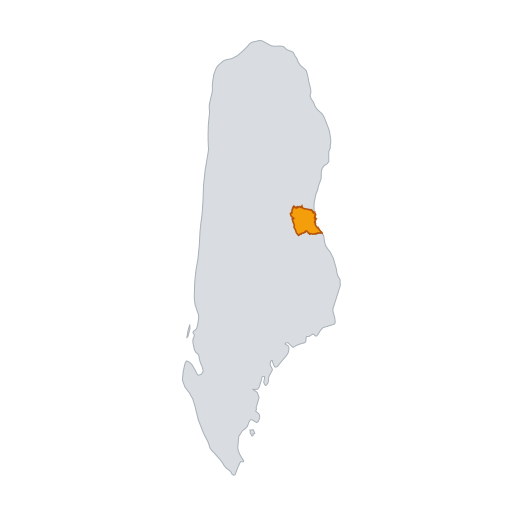 location of Belo Sur Tsiribihina, Menabe, Madagascar, rotated 169°
{"feature_id": "10022922B50417492685621", "entity_name": "Belo Sur Tsiribihina", "entity_type": "district", "adm_level": 2, "iso_a3": "MDG", "parent_name": "Madagascar", "parent_adm1": "Menabe", "projection": "natural_earth1", "projection_center": [44.851, -19.66], "detail": "fine", "context": "in_parent", "style": "filled", "palette": "amber", "viewbox_px": 512, "rotation_deg": 169, "n_neighbors": 0, "source": "geoboundaries", "source_scale": "gbopen_adm2", "svg_char_len": 8089}
<svg xmlns="http://www.w3.org/2000/svg" viewBox="0 0 512 512"><g transform="rotate(169 256 256)"><path d="M327.2,56.1L328.4,59.4L329.8,62.5L334.3,70.1L336.2,73.0L337.8,76.1L338.5,82.3L341.3,91.9L343.9,106.3L344.6,121.1L345.4,127.9L347.5,134.3L350.8,140.9L351.9,148.3L349.7,155.9L346.7,163.0L345.9,164.4L344.5,166.2L343.8,166.1L341.4,164.3L339.5,161.3L337.0,154.1L336.1,150.5L335.1,150.0L332.2,150.3L330.1,152.5L329.7,153.9L330.1,158.0L330.9,161.6L331.2,165.2L331.2,169.9L332.0,171.3L333.2,172.4L334.3,175.5L334.5,182.7L333.8,186.3L331.7,189.4L331.8,191.1L332.5,192.9L331.8,194.0L329.1,195.3L327.9,196.5L326.4,199.7L324.0,206.2L323.7,209.5L325.1,219.6L324.6,226.8L321.5,240.5L319.7,246.9L317.2,254.7L313.3,264.9L309.5,277.8L306.2,291.0L303.8,298.9L301.1,306.8L297.4,320.6L294.2,334.7L289.5,350.1L283.0,367.4L282.3,369.6L281.0,378.4L279.5,386.1L277.8,393.7L274.1,406.2L273.7,410.0L272.9,413.7L269.4,421.6L268.0,424.5L267.0,427.6L266.4,431.5L265.3,435.3L262.8,442.3L259.0,448.3L256.5,450.5L251.0,453.7L248.3,454.3L242.1,454.4L236.1,456.2L229.9,459.7L224.0,463.7L221.7,465.6L219.2,466.6L211.3,466.9L208.9,466.0L201.0,459.5L198.0,458.4L192.2,457.5L190.4,456.9L188.8,456.1L186.5,452.7L181.8,449.8L180.7,448.9L180.0,446.9L179.5,444.7L178.3,442.3L177.4,437.7L175.9,434.5L171.6,428.9L171.1,427.1L170.8,421.1L170.9,417.0L170.5,409.6L170.9,406.1L172.4,402.9L171.8,399.5L170.2,395.9L169.6,392.2L168.4,388.9L163.9,382.8L162.8,379.8L162.1,376.7L160.4,367.0L160.1,363.7L160.4,356.6L161.0,352.9L162.1,350.4L162.3,348.5L163.1,346.8L164.1,345.5L164.8,344.0L166.5,334.9L168.6,332.9L171.8,331.7L174.3,329.4L175.8,326.2L177.3,319.5L181.2,313.0L182.7,309.5L185.9,304.3L188.8,297.0L189.6,293.6L190.2,290.0L191.0,282.3L191.5,278.4L191.4,274.6L189.7,270.7L185.8,263.5L185.7,262.2L186.0,256.9L185.7,253.1L184.2,249.3L182.4,245.7L180.5,239.0L179.6,227.8L179.8,223.8L179.3,220.3L178.0,216.9L178.9,210.9L190.6,189.4L191.0,186.9L190.5,180.3L190.8,176.5L191.2,175.1L192.1,174.2L194.1,173.9L203.6,172.9L204.8,172.3L207.2,170.4L210.4,166.9L211.9,165.9L213.2,166.3L214.0,167.8L215.1,168.6L218.9,167.0L220.4,167.0L221.9,167.2L222.6,165.8L223.0,163.8L223.6,162.4L224.6,161.6L229.5,161.2L232.7,160.7L236.8,159.3L237.6,159.6L240.9,164.5L241.9,164.9L243.2,165.1L244.3,164.2L241.6,161.6L241.2,160.2L241.4,158.5L242.8,155.0L245.2,152.3L250.5,148.2L256.1,143.4L257.7,143.1L259.0,143.8L260.1,149.4L259.9,150.4L260.8,150.5L261.8,149.8L262.7,147.5L262.8,145.7L262.1,143.9L261.7,142.3L261.7,140.9L264.5,137.6L266.7,134.5L267.7,130.7L268.6,128.9L270.9,127.0L271.6,127.3L272.2,128.9L272.5,130.6L271.9,132.2L271.0,133.9L270.7,136.1L272.0,136.5L273.2,136.0L275.0,132.0L277.1,128.2L278.3,126.3L279.9,124.9L282.4,125.2L284.9,126.0L280.9,122.0L279.9,116.6L284.8,107.1L284.8,105.2L285.5,104.6L285.9,103.8L283.4,100.6L282.9,99.0L283.2,96.6L284.4,94.5L285.5,93.0L287.1,92.4L288.3,93.3L291.0,95.9L292.8,96.3L295.0,93.8L296.8,90.6L299.5,88.5L302.6,87.1L307.3,82.2L310.4,71.8L310.6,68.8L310.0,65.2L308.9,61.7L307.1,57.3L307.6,56.4L310.2,57.0L311.0,56.3L313.8,52.5L318.4,45.1L319.9,45.2L321.2,46.5L321.7,48.5L322.6,50.0L325.7,53.5L327.2,56.1ZM295.2,85.2L295.2,86.3L291.7,85.9L291.1,81.9L292.9,81.8L293.2,80.2L294.3,80.0L295.4,83.5L295.2,85.2ZM337.0,195.7L334.0,201.4L334.9,196.6L338.4,189.7L339.4,189.2L337.0,195.7Z" fill="#d9dde1" stroke="#a8b0b8" stroke-width="1"/><path d="M186.7,265.9L186.7,266.1L186.7,266.3L188.2,268.5L188.9,269.9L189.0,269.9L189.1,270.1L189.1,270.3L189.0,270.5L189.3,271.2L189.6,271.4L189.7,271.2L189.9,271.4L190.2,271.9L190.3,272.0L190.2,272.1L190.3,272.1L190.5,272.4L190.8,272.9L191.4,274.0L191.6,274.7L191.8,276.0L191.6,277.3L191.7,277.6L191.9,277.8L192.0,277.9L191.9,277.7L192.1,277.8L192.2,278.1L192.1,278.3L191.9,278.5L191.7,278.2L191.5,278.4L191.4,278.4L191.2,279.3L190.9,280.0L190.6,280.3L190.6,280.7L190.6,280.9L190.7,281.0L190.8,281.2L190.7,281.3L190.4,281.3L190.4,281.6L190.5,281.7L190.4,281.7L190.5,281.8L190.4,281.9L190.6,283.3L190.7,283.5L190.6,283.8L190.5,284.1L190.4,284.2L190.3,284.3L190.2,284.4L190.2,284.8L189.8,285.1L189.7,285.1L189.8,285.4L189.6,285.4L189.6,285.6L189.6,285.3L189.7,286.2L189.8,286.5L190.0,287.0L190.2,287.4L190.4,287.5L190.5,287.6L190.4,287.7L190.5,287.7L190.7,287.4L191.1,287.2L191.3,287.3L191.0,287.6L191.3,287.7L191.3,287.8L191.2,287.8L191.1,288.2L191.3,288.3L191.4,288.6L191.5,288.6L191.7,288.4L191.8,288.3L191.9,288.5L192.0,288.6L191.8,288.7L191.8,288.9L191.9,289.5L192.1,289.9L192.3,290.0L192.5,290.2L192.5,290.5L193.1,290.9L193.2,290.7L193.4,290.7L193.5,290.6L193.8,290.9L194.0,290.8L194.3,291.0L194.5,291.0L194.8,291.4L194.9,291.5L195.5,291.5L195.8,291.8L196.1,291.8L196.4,292.2L197.2,292.4L198.0,292.6L198.5,292.9L198.8,293.0L199.0,293.0L199.3,293.0L199.4,293.3L199.6,293.3L199.9,293.4L200.1,293.5L200.3,293.5L200.5,294.0L200.9,294.3L201.1,294.5L201.3,294.8L201.2,295.9L201.4,296.2L201.4,296.4L201.5,296.3L201.6,296.1L201.8,295.8L201.9,295.6L202.4,295.8L202.5,295.9L202.8,295.7L202.7,295.5L202.7,295.3L202.8,295.4L203.2,295.5L203.3,295.7L203.4,295.9L203.6,296.0L203.8,296.1L204.0,296.3L204.4,296.1L204.5,295.9L205.0,295.7L205.3,295.7L205.3,295.9L205.5,296.0L205.7,296.3L205.8,296.1L206.0,296.0L206.3,296.2L206.5,296.3L206.6,296.1L206.7,295.3L206.8,295.3L207.0,295.5L207.2,295.8L207.3,295.7L207.6,295.5L207.9,295.7L208.0,296.0L208.1,296.4L208.3,296.5L208.5,296.4L208.6,296.5L208.5,296.8L208.8,297.2L208.8,297.4L209.1,297.5L209.6,297.8L209.7,297.7L210.0,297.3L210.0,297.0L210.1,296.9L210.0,296.6L210.3,296.6L210.1,296.3L210.3,296.1L210.4,295.8L210.7,295.7L210.9,295.3L211.2,295.2L211.3,295.0L211.7,294.9L211.7,294.6L211.9,293.7L212.3,293.0L212.5,292.5L212.5,292.4L212.4,292.0L212.5,291.8L212.6,291.4L212.9,291.6L213.0,291.5L213.3,291.4L213.7,291.5L213.8,291.4L214.1,291.3L214.2,291.1L214.1,290.1L214.1,289.9L214.0,289.7L214.1,289.2L214.0,288.7L213.9,288.6L213.7,288.4L213.3,287.4L212.8,287.1L212.6,286.6L212.6,286.8L212.3,286.6L212.1,286.3L212.4,286.4L212.5,286.4L212.5,286.1L212.3,285.9L212.5,285.8L212.5,285.7L212.3,285.7L212.6,285.7L212.4,285.5L212.4,285.4L212.7,285.3L212.5,285.2L212.8,284.9L213.1,285.0L213.2,284.9L213.1,284.7L213.3,284.2L213.2,283.3L213.3,283.0L213.3,282.6L213.0,282.3L212.8,282.0L212.8,281.8L213.0,281.6L213.0,281.1L212.7,280.7L212.7,280.4L212.7,280.0L212.5,279.7L212.5,279.4L212.5,278.5L212.6,278.3L212.8,278.1L213.1,278.0L213.1,277.8L213.1,277.5L213.1,277.3L213.1,276.5L213.1,276.3L213.0,276.2L212.8,275.8L212.6,275.5L212.5,274.7L212.4,274.6L212.4,274.3L212.3,274.0L212.2,273.5L212.2,273.3L212.1,273.1L212.1,272.8L212.1,272.3L212.0,271.8L212.0,271.7L211.9,271.2L211.8,270.8L211.7,270.6L211.5,270.1L211.3,270.0L211.0,269.3L210.9,269.1L210.7,268.9L210.4,268.1L210.0,268.2L209.7,268.2L209.6,268.4L209.6,268.8L209.4,268.8L209.2,268.6L208.8,268.8L208.7,268.9L208.3,269.2L208.0,269.3L207.9,269.2L207.7,269.1L207.5,269.4L207.3,269.4L207.2,269.1L206.9,269.4L206.5,269.5L206.4,269.6L206.1,269.6L205.8,269.6L205.4,269.7L205.0,269.4L204.7,269.6L203.9,269.7L203.8,269.8L203.7,270.0L203.1,270.0L203.0,270.4L203.0,270.6L202.8,270.9L202.7,270.9L202.6,271.0L202.4,271.0L202.0,271.0L201.7,271.0L201.5,270.7L201.3,270.7L201.2,270.3L201.2,270.1L200.9,270.0L200.6,269.5L200.5,269.4L200.3,269.1L200.2,268.9L200.1,268.6L200.2,268.4L199.8,268.1L199.6,267.9L199.4,268.2L198.9,267.8L198.8,267.7L198.9,267.4L199.0,267.1L198.9,267.1L198.6,267.1L198.1,267.4L197.5,267.4L196.7,267.0L196.2,266.6L195.9,266.5L195.6,266.5L194.9,266.5L194.2,266.6L194.0,266.4L193.6,266.4L193.5,266.2L193.4,266.1L193.0,266.1L192.8,266.6L192.5,266.5L192.2,266.6L192.1,266.4L191.3,266.4L190.7,266.5L190.5,266.4L190.2,266.6L190.3,266.8L189.8,266.7L189.7,266.7L189.2,266.4L188.8,266.5L188.8,266.3L188.7,266.3L188.5,266.5L188.1,266.6L187.8,266.5L187.7,266.2L187.3,266.4L187.2,266.3L186.7,265.9ZM190.5,283.7L190.3,283.8L190.2,284.1L190.1,284.3L190.0,284.7L190.2,284.3L190.3,284.0L190.5,283.7ZM190.7,280.0L190.3,280.2L190.1,281.0L190.3,280.7L190.4,280.2L190.5,280.1L190.7,280.0ZM190.4,281.3L190.1,281.3L190.4,281.6L190.3,281.4L190.4,281.3ZM190.5,280.6L190.4,280.5L190.3,280.8L190.3,281.0L190.4,280.9L190.4,281.0L190.4,280.9L190.4,280.6L190.5,280.6Z" fill="#f59e0b" stroke="#b45309" stroke-width="1.5"/></g></svg>